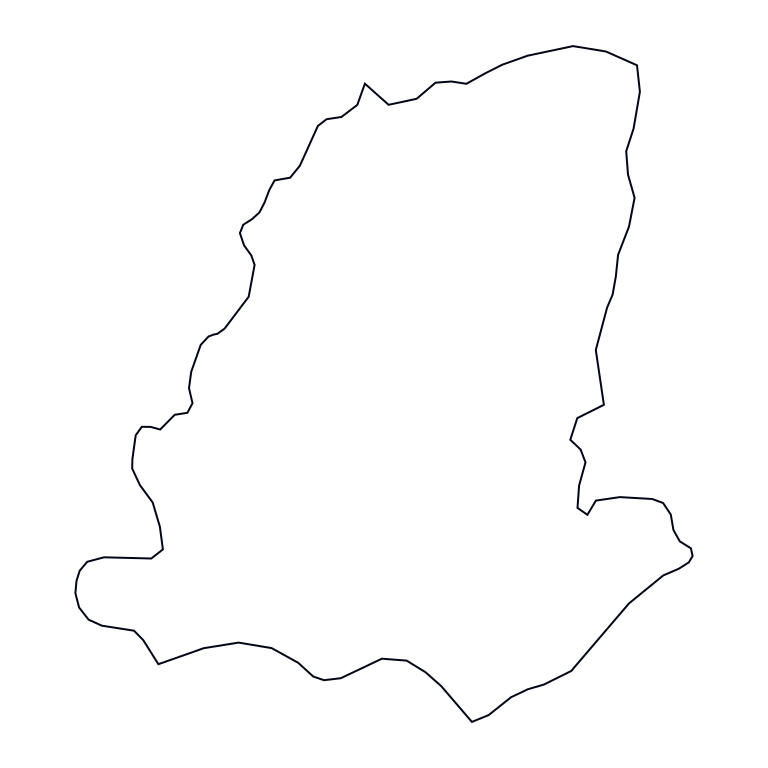 Bougouriba, Equal Earth projection
{"feature_id": "BFA-2832", "entity_name": "Bougouriba", "entity_type": "Province", "adm_level": 1, "iso_a3": "BFA", "parent_name": "Burkina Faso", "parent_adm1": "", "projection": "equal_earth", "projection_center": [-3.423, 10.894], "detail": "fine", "context": "isolated", "style": "outline", "palette": "ink", "viewbox_px": 768, "rotation_deg": 0, "n_neighbors": 0, "source": "natural_earth", "source_scale": "10m", "svg_char_len": 1440}
<svg xmlns="http://www.w3.org/2000/svg" viewBox="0 0 768 768"><path d="M466.4,83.8L484.5,73.7L502.3,64.7L527.6,55.7L573.0,46.1L605.9,51.5L637.0,65.3L639.9,91.8L633.6,128.5L626.2,151.3L628.0,174.6L634.6,197.8L629.0,226.6L618.1,254.8L615.8,276.7L612.6,294.7L607.1,307.6L595.8,350.0L603.9,404.8L577.3,418.1L570.3,439.8L580.6,449.5L585.5,462.4L579.1,485.5L577.5,507.9L587.4,514.8L595.9,500.6L619.9,497.1L652.2,499.0L663.1,503.0L670.8,514.6L673.4,529.9L679.8,541.4L690.9,548.3L692.6,556.0L688.9,562.3L678.7,568.8L663.3,575.4L629.0,603.4L571.2,671.0L543.8,684.6L528.0,689.2L511.1,697.2L488.6,715.1L471.9,721.9L441.2,686.1L425.6,672.3L406.6,660.6L381.9,658.7L340.8,678.2L324.0,680.2L313.2,676.5L298.2,662.8L271.6,648.1L238.5,642.6L203.7,648.2L158.4,664.2L143.3,640.2L134.0,630.7L101.9,625.7L88.6,619.7L79.1,607.5L75.4,593.2L76.5,580.8L79.7,570.7L87.2,561.8L104.0,557.3L151.3,558.5L162.9,549.4L159.9,526.8L152.7,502.5L139.9,485.1L132.2,468.6L132.4,459.1L135.7,435.3L141.8,426.8L150.7,426.9L160.2,429.5L174.7,414.8L187.4,412.8L192.5,403.2L189.0,388.2L191.2,371.9L200.7,344.9L208.5,336.5L213.3,334.7L217.6,333.7L224.6,328.6L248.7,296.7L254.6,264.9L251.3,255.4L244.1,245.5L239.9,233.1L243.3,224.7L251.8,219.3L259.4,212.5L264.6,202.4L269.3,190.0L274.6,180.4L290.1,177.7L299.9,165.7L317.9,125.9L326.6,119.2L341.4,117.0L357.3,104.9L364.9,83.7L388.6,104.8L416.6,98.8L435.5,82.7L451.5,81.5L466.4,83.8Z" fill="none" stroke="#020617" stroke-width="2"/></svg>